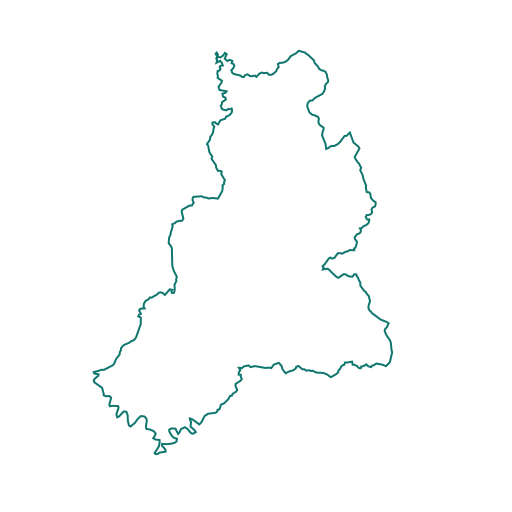 the district of Ponta Grossa, Paraná, Brazil, rotated 277°
{"feature_id": "56859067B71794662586420", "entity_name": "Ponta Grossa", "entity_type": "district", "adm_level": 2, "iso_a3": "BRA", "parent_name": "Brazil", "parent_adm1": "Paraná", "projection": "albers", "projection_center": [-50.069, -25.139], "detail": "fine", "context": "isolated", "style": "outline", "palette": "teal", "viewbox_px": 512, "rotation_deg": 277, "n_neighbors": 0, "source": "geoboundaries", "source_scale": "gbopen_adm2", "svg_char_len": 6090}
<svg xmlns="http://www.w3.org/2000/svg" viewBox="0 0 512 512"><g transform="rotate(277 256 256)"><path d="M449.0,193.4L447.2,192.5L445.5,193.6L443.0,193.2L445.3,196.6L443.9,198.2L441.1,199.8L440.2,197.3L438.7,197.0L437.3,198.0L435.6,197.2L435.1,195.4L432.2,195.4L430.2,196.2L428.1,196.2L425.8,200.9L423.9,200.6L419.3,198.2L416.3,199.6L415.9,206.7L414.2,205.8L413.0,202.9L410.2,203.8L409.5,206.3L407.6,207.0L404.6,203.6L402.5,203.6L400.8,202.8L397.8,204.2L397.1,206.7L397.0,208.9L398.6,210.5L398.5,212.4L399.4,213.8L397.5,214.6L395.1,214.3L393.2,213.0L391.6,211.2L390.7,209.4L388.5,208.6L386.3,204.1L382.0,202.3L382.7,200.3L383.8,199.0L383.1,196.5L381.2,196.8L379.4,198.8L377.8,198.4L373.6,198.3L370.7,197.4L368.7,196.1L365.7,196.1L361.1,193.7L359.8,195.0L353.3,197.1L349.3,200.5L347.1,200.0L341.2,205.2L338.9,205.7L335.9,207.8L336.2,209.8L335.6,211.7L333.1,211.5L327.4,215.9L325.3,215.3L323.6,215.6L322.0,214.1L319.8,214.7L316.1,214.5L308.3,211.2L308.3,205.9L307.3,201.8L307.9,199.6L307.8,196.7L308.7,195.0L307.1,186.7L305.4,186.0L303.2,186.4L301.4,187.7L298.2,186.1L298.1,184.0L292.9,177.1L291.0,176.8L284.1,179.4L281.9,178.2L281.5,175.4L280.3,172.7L278.7,171.4L277.2,168.9L275.3,169.7L268.5,168.5L266.9,168.6L263.6,167.5L258.0,167.8L255.3,170.5L253.6,171.5L235.6,174.2L230.8,176.5L225.9,179.9L223.1,179.6L221.3,180.0L217.7,178.6L212.1,179.5L209.3,178.9L209.1,177.0L210.7,176.3L212.2,176.9L212.4,174.4L206.2,170.3L208.0,167.8L208.3,165.8L207.6,163.8L206.2,163.0L201.9,157.4L201.9,155.7L200.3,154.9L197.7,151.7L195.2,150.6L191.8,150.6L190.4,151.8L189.5,147.6L187.7,146.6L184.6,148.8L183.5,147.1L181.7,146.5L180.9,149.2L174.3,149.9L160.4,146.8L157.5,145.1L156.5,142.9L154.5,140.8L151.8,136.1L150.3,134.6L148.0,133.3L145.6,133.3L143.9,132.5L141.7,132.7L137.0,129.8L131.8,128.3L130.1,127.2L124.5,119.0L124.2,116.4L122.3,112.6L121.1,109.1L119.7,109.7L119.3,114.2L117.7,113.9L114.3,110.6L112.6,110.2L111.0,110.8L106.4,119.3L100.7,121.6L99.2,121.8L98.5,124.2L99.1,127.7L97.6,129.5L90.4,128.5L89.1,129.4L89.9,132.6L90.2,137.5L88.6,138.1L81.9,136.7L79.0,137.9L80.1,139.7L85.6,143.6L85.6,146.3L82.4,148.0L76.9,148.9L72.4,150.5L71.5,152.3L75.7,156.2L79.9,158.5L83.1,161.2L83.1,164.9L81.0,167.2L78.7,167.7L73.5,167.5L71.0,168.3L70.9,171.6L69.7,175.8L67.6,178.0L65.2,177.6L62.6,176.2L61.6,178.4L61.6,182.7L59.6,183.1L55.1,182.8L48.0,179.4L47.1,180.7L47.7,182.6L49.2,184.5L50.8,190.1L52.8,189.7L56.4,185.7L58.1,185.7L58.4,190.7L59.6,195.4L60.9,198.4L62.3,199.7L65.0,199.8L65.5,196.6L67.3,194.4L71.2,191.3L73.2,191.1L74.6,193.2L74.8,197.1L69.9,200.4L71.8,201.6L75.1,202.7L77.4,206.4L76.2,208.8L72.3,213.1L71.9,215.2L73.9,217.7L75.6,216.2L78.7,211.8L83.5,211.8L84.8,210.7L86.7,210.2L86.1,212.9L81.9,220.3L84.4,222.1L91.2,224.6L92.2,226.2L93.5,227.4L95.5,235.1L96.9,236.5L98.7,236.6L99.3,238.4L104.2,239.4L106.0,242.4L110.4,245.9L114.0,247.3L114.4,249.0L116.3,249.6L119.0,252.8L120.6,253.7L124.5,251.5L126.5,251.3L130.3,255.8L132.2,256.9L134.3,255.6L136.3,255.4L136.1,253.3L138.7,253.1L140.9,254.4L142.9,252.7L143.1,255.8L145.0,257.5L146.5,262.1L145.0,264.1L146.6,268.3L146.0,278.7L146.8,282.8L146.6,284.8L150.5,287.0L152.7,291.7L150.0,294.8L146.8,296.1L143.2,299.7L145.2,302.5L147.0,306.6L149.0,309.1L150.9,309.4L152.0,311.5L149.2,315.9L149.5,317.7L148.3,319.9L149.1,322.6L148.5,324.4L149.1,326.4L148.1,328.6L147.6,331.0L148.1,335.4L147.9,338.1L147.3,340.5L144.8,345.1L148.8,350.3L150.5,351.7L152.5,351.8L154.0,353.1L156.5,354.0L158.0,355.2L158.8,356.8L161.1,357.3L161.5,359.9L162.9,364.2L159.9,365.2L160.0,367.0L159.1,369.7L157.3,371.8L157.4,373.7L159.1,373.9L159.9,376.3L161.9,378.6L160.3,380.7L159.7,383.7L161.3,384.6L162.2,386.6L163.9,388.5L163.6,394.3L162.5,398.5L166.9,401.8L177.0,402.9L179.1,402.0L186.3,400.4L188.7,399.2L193.8,394.7L197.4,392.8L199.3,393.1L201.5,394.7L205.4,395.8L206.5,393.6L208.1,387.4L213.5,378.0L214.9,376.8L215.8,375.3L218.0,373.9L220.7,373.8L225.1,374.7L230.2,372.7L231.7,370.8L233.6,369.5L234.5,367.7L239.3,363.2L242.6,362.7L244.4,361.1L246.7,360.1L248.4,358.4L250.0,357.7L249.9,355.9L247.2,354.2L247.1,351.3L247.6,349.2L248.6,347.6L248.7,345.3L244.4,340.4L245.1,338.4L249.3,332.6L251.2,330.5L252.1,328.5L250.8,324.0L252.6,324.6L253.9,323.3L256.4,325.3L262.5,328.6L263.5,329.9L262.7,331.6L263.5,333.9L268.7,336.9L269.1,339.7L268.8,341.3L271.4,344.7L271.7,346.5L273.3,348.1L273.7,352.8L275.4,352.4L276.5,353.7L280.5,354.5L282.6,354.4L284.5,352.5L286.5,351.6L290.0,353.7L290.8,355.6L292.0,356.7L294.3,357.1L296.1,355.8L296.5,357.4L298.4,358.8L299.8,361.1L302.1,363.5L304.5,364.1L306.1,363.9L305.7,361.9L308.2,360.1L310.1,360.9L310.3,362.7L311.7,365.1L313.4,366.0L315.9,365.0L318.1,365.6L319.6,368.0L321.9,368.5L324.2,368.0L325.0,365.8L327.5,363.1L331.9,361.8L333.0,360.2L332.9,358.1L337.4,356.6L339.0,356.8L345.9,353.1L349.4,351.9L353.8,349.0L356.4,349.6L360.4,346.9L361.4,345.5L364.7,342.8L366.4,341.9L375.3,345.6L377.1,344.3L380.4,339.0L390.0,334.1L386.3,331.3L386.0,329.3L379.4,325.5L377.0,323.5L374.7,320.2L374.4,317.8L373.6,316.2L372.2,315.0L370.8,312.7L375.8,311.3L383.5,307.0L387.0,306.9L390.0,307.7L391.8,307.3L393.4,303.9L394.9,302.3L397.2,301.5L399.8,301.7L401.5,300.7L402.9,296.8L403.0,294.7L405.0,291.6L409.3,289.3L410.9,288.6L413.2,288.6L415.4,289.5L416.8,290.6L417.2,292.9L420.3,295.5L425.0,302.2L428.0,303.6L430.3,304.1L432.5,303.7L435.0,304.2L437.5,306.3L439.5,306.2L441.2,305.2L444.5,304.3L447.1,302.7L448.1,300.6L448.2,298.5L449.4,295.9L451.3,294.7L454.9,290.6L457.2,289.7L462.2,282.9L462.7,281.3L463.9,280.0L464.9,273.4L462.0,271.0L458.6,266.1L454.6,263.9L452.5,261.7L451.1,259.0L450.5,255.8L449.2,254.4L446.2,255.5L444.3,254.2L441.9,253.5L439.4,251.4L437.8,249.4L437.4,246.9L439.2,244.7L438.5,241.7L438.7,239.2L437.2,236.9L433.8,234.6L435.0,232.8L434.0,230.5L433.8,228.2L434.9,226.5L435.1,224.8L433.7,222.7L432.2,222.2L432.0,220.4L433.2,218.4L434.0,211.6L435.2,209.9L437.5,208.9L439.2,210.4L442.3,211.4L443.8,210.2L444.4,208.3L446.7,208.8L447.5,206.1L446.0,203.8L448.1,200.9L452.8,202.3L453.8,200.4L450.9,198.9L448.7,196.3L449.0,193.4ZM451.8,191.3L449.0,193.4L451.3,193.7L453.1,192.2L451.8,191.3Z" fill="none" stroke="#0f766e" stroke-width="2"/></g></svg>